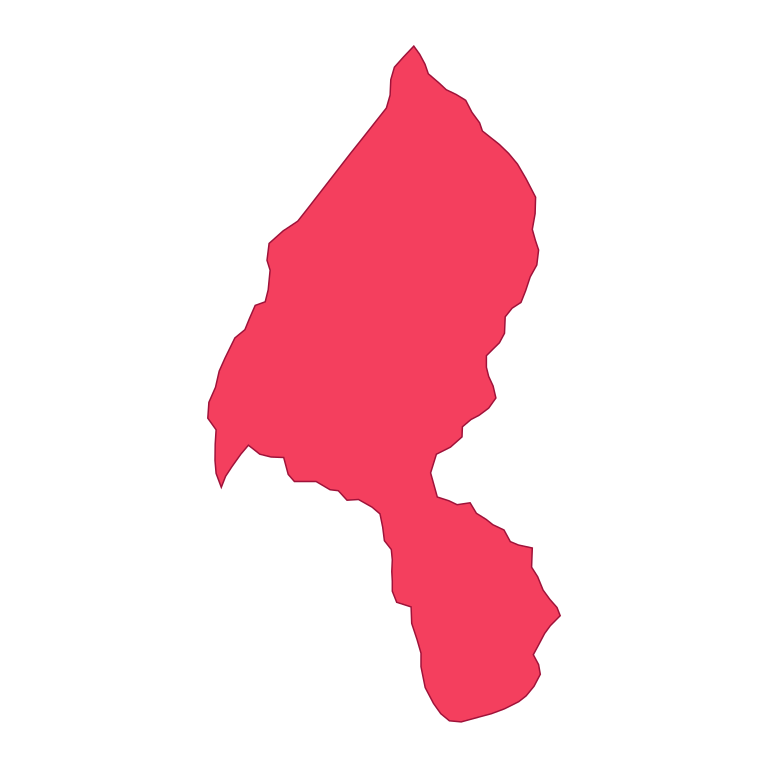 outline of Três Fronteiras, São Paulo, Brazil
{"feature_id": "56859067B3080152432416", "entity_name": "Três Fronteiras", "entity_type": "district", "adm_level": 2, "iso_a3": "BRA", "parent_name": "Brazil", "parent_adm1": "São Paulo", "projection": "mercator", "projection_center": [-50.865, -20.277], "detail": "fine", "context": "isolated", "style": "filled", "palette": "rose", "viewbox_px": 768, "rotation_deg": 0, "n_neighbors": 0, "source": "geoboundaries", "source_scale": "gbopen_adm2", "svg_char_len": 1753}
<svg xmlns="http://www.w3.org/2000/svg" viewBox="0 0 768 768"><path d="M449.4,720.8L461.2,721.9L478.7,717.1L491.4,713.7L504.5,708.8L518.7,701.7L526.1,695.9L534.0,686.3L540.3,674.3L538.6,664.6L533.3,654.7L538.6,644.9L544.6,633.5L550.3,625.7L560.2,615.7L557.0,607.5L549.8,599.3L543.1,590.1L537.7,576.8L531.6,567.2L531.9,558.4L532.3,548.0L518.4,545.0L510.3,541.6L504.0,530.0L492.8,524.7L486.3,519.5L476.4,513.3L470.1,502.8L457.1,504.7L449.0,500.8L437.3,497.0L430.6,472.9L436.4,454.2L450.5,447.1L462.0,436.9L462.4,426.8L471.0,419.5L479.2,415.2L488.7,408.1L495.9,398.0L493.1,386.0L488.7,376.5L486.4,367.3L486.4,355.7L493.1,349.0L499.4,342.8L504.5,333.3L505.2,316.8L512.1,308.2L521.0,302.4L525.6,290.8L530.2,276.9L536.8,265.0L538.6,250.0L535.4,240.4L532.3,229.4L535.1,213.7L535.6,197.2L525.9,178.5L517.5,164.1L508.6,153.4L499.4,144.5L482.4,131.0L479.6,122.8L471.9,112.3L465.7,100.3L456.2,94.5L446.2,89.7L439.6,83.5L428.3,73.8L425.0,64.2L419.7,54.3L413.8,46.1L403.4,57.1L394.4,67.2L390.8,79.6L390.1,95.1L386.4,108.0L362.5,138.3L350.7,153.1L307.5,208.8L297.7,221.2L283.1,230.9L269.1,243.4L267.0,260.3L270.1,270.2L268.2,289.8L265.2,301.8L255.2,305.4L249.4,318.7L244.9,329.7L234.9,337.9L225.0,358.1L219.2,371.1L215.5,387.3L208.9,402.3L207.8,418.2L216.1,429.8L215.2,444.2L215.0,460.5L216.1,473.4L221.3,487.3L225.6,476.3L231.9,466.7L240.8,454.2L248.4,445.2L259.8,454.2L271.0,457.0L283.7,457.5L288.2,474.4L294.4,481.5L316.1,481.5L330.0,489.7L338.3,490.7L347.0,500.2L358.5,499.5L372.0,507.1L380.0,513.9L382.7,527.2L384.4,540.7L391.3,549.5L392.3,559.9L391.8,571.5L392.3,581.1L392.3,591.2L396.7,602.3L411.1,606.9L411.7,623.4L417.1,639.7L421.0,653.2L421.0,666.7L425.2,687.6L433.6,703.6L440.8,713.7L449.4,720.8Z" fill="#f43f5e" stroke="#9f1239" stroke-width="1.5"/></svg>